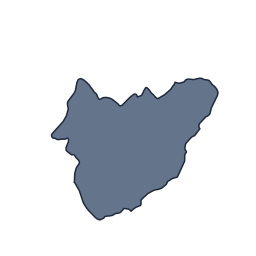 SVG path tracing the border of Badghis, rotated 311°
{"feature_id": "AFG-1741", "entity_name": "Badghis", "entity_type": "Province", "adm_level": 1, "iso_a3": "AFG", "parent_name": "Afghanistan", "parent_adm1": "", "projection": "mercator", "projection_center": [63.837, 35.271], "detail": "fine", "context": "isolated", "style": "filled", "palette": "slate", "viewbox_px": 256, "rotation_deg": 311, "n_neighbors": 0, "source": "natural_earth", "source_scale": "10m", "svg_char_len": 3129}
<svg xmlns="http://www.w3.org/2000/svg" viewBox="0 0 256 256"><g transform="rotate(311 128 128)"><path d="M90.4,74.8L96.8,73.5L102.8,70.6L103.9,69.6L105.7,67.2L106.7,66.2L108.1,65.4L109.6,65.1L118.8,64.5L121.8,63.7L128.8,59.6L131.0,58.9L132.2,58.7L134.4,60.0L135.2,62.8L135.3,66.8L135.0,70.4L133.7,76.3L133.1,78.3L132.9,79.9L133.0,81.8L132.9,82.2L131.8,84.0L131.0,86.2L130.8,87.3L131.0,88.0L131.4,88.2L131.9,88.4L132.8,88.6L133.8,89.0L134.5,89.3L135.2,89.9L136.5,91.2L137.3,92.3L138.3,94.1L139.0,95.9L139.3,97.4L139.6,103.8L139.6,104.7L139.5,105.5L139.3,106.4L139.3,106.9L139.4,107.3L139.7,107.6L140.0,107.9L140.4,108.2L141.2,108.6L153.0,109.4L157.5,110.3L158.0,110.8L158.4,111.3L158.6,111.9L158.7,112.4L158.7,112.8L158.5,113.2L158.4,113.4L157.9,114.1L157.8,114.8L160.5,116.4L161.4,116.7L161.9,116.8L163.3,116.4L164.1,116.3L166.8,115.4L170.1,114.9L170.7,115.5L170.8,116.4L170.8,117.5L170.5,119.6L169.8,122.4L169.7,123.3L169.8,124.7L169.4,128.0L169.3,129.5L169.5,130.7L169.7,131.1L170.1,131.4L177.2,133.8L184.8,134.8L186.2,134.8L188.4,134.4L190.9,134.3L192.6,133.9L193.4,133.5L194.9,136.7L196.0,137.8L199.2,139.8L199.7,140.0L200.2,140.1L202.0,140.0L202.9,140.2L203.7,140.8L204.4,141.4L205.5,142.7L207.3,145.4L207.9,146.0L212.5,149.3L213.5,150.6L214.0,151.6L214.1,152.4L214.4,153.4L215.0,154.5L216.3,156.3L216.8,157.4L217.0,158.4L216.9,159.3L216.2,162.4L216.0,163.3L216.0,164.2L216.2,165.8L216.1,166.5L215.7,168.8L215.3,170.0L214.6,171.6L214.3,172.0L214.0,172.3L213.7,172.5L213.2,173.1L210.9,174.2L197.7,177.8L192.8,180.3L191.9,180.6L191.1,180.6L190.5,180.3L189.4,180.3L188.8,180.1L187.6,179.4L178.5,179.1L177.0,179.5L176.1,180.1L175.4,180.8L175.0,181.3L174.9,181.7L174.6,182.7L166.3,183.3L165.8,183.2L163.9,182.3L163.0,182.1L162.2,181.9L154.9,181.8L154.2,181.9L153.3,182.2L152.2,182.8L150.3,184.0L149.6,184.8L149.1,185.5L148.7,187.1L148.6,187.3L148.4,187.6L148.0,187.8L147.6,188.0L145.8,188.2L145.0,188.5L140.1,192.5L124.7,197.1L123.2,197.3L122.6,197.1L121.7,196.4L121.1,195.9L118.9,194.6L113.2,192.9L112.1,193.5L110.9,193.8L110.0,193.8L105.7,193.1L104.4,192.7L101.3,191.0L100.6,190.4L99.5,189.3L97.0,188.0L91.6,186.0L85.4,185.3L83.0,185.1L82.2,185.2L81.6,185.6L78.9,187.9L77.7,188.2L73.1,185.9L70.7,185.4L68.5,185.0L67.5,185.0L67.4,185.0L67.3,184.9L67.2,184.7L67.3,182.2L66.8,180.9L66.4,180.3L66.2,180.1L65.9,179.8L64.8,178.0L64.5,177.7L64.1,177.6L62.7,177.8L59.9,177.7L59.3,177.6L58.4,177.2L57.4,176.6L56.6,175.9L55.9,175.3L55.4,174.8L54.9,174.5L52.8,173.9L52.2,173.7L51.5,173.3L49.5,171.7L46.9,169.2L46.3,168.8L45.9,168.6L45.5,168.6L45.1,168.7L44.4,168.8L43.8,168.7L40.5,167.3L40.2,167.1L40.0,166.8L39.8,166.2L39.2,164.5L39.1,163.6L39.0,162.5L39.9,152.4L40.5,149.1L41.8,144.5L42.6,142.8L48.8,132.3L51.7,123.9L51.7,123.1L52.0,123.0L58.8,117.6L63.8,115.2L65.3,114.9L68.4,114.6L69.8,114.2L70.8,113.2L71.3,111.5L71.6,108.0L72.4,105.1L72.1,104.2L70.9,103.2L70.6,102.0L70.4,97.4L70.6,96.0L72.5,94.1L78.2,92.2L80.3,90.7L80.7,89.8L80.8,89.2L80.4,88.7L78.5,88.0L78.0,87.6L77.0,86.2L73.2,82.7L72.7,81.5L72.4,79.9L71.7,78.8L71.1,77.6L71.5,76.0L72.6,74.8L74.2,74.5L90.4,74.8Z" fill="#64748b" stroke="#1e293b" stroke-width="1.5"/></g></svg>